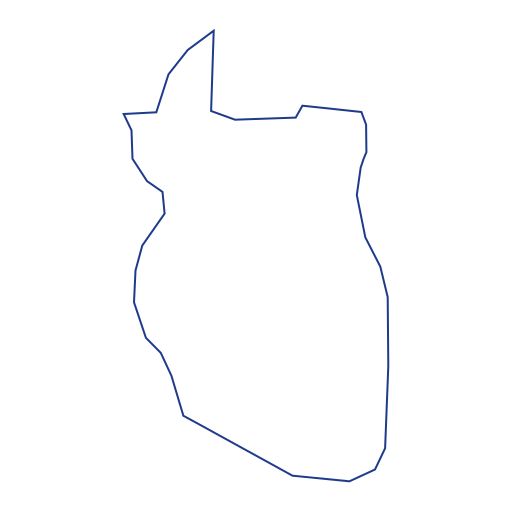 Wadi Bissam, Kanem, Chad (Natural Earth projection)
{"feature_id": "50815135B97156808183777", "entity_name": "Wadi Bissam", "entity_type": "district", "adm_level": 2, "iso_a3": "TCD", "parent_name": "Chad", "parent_adm1": "Kanem", "projection": "natural_earth1", "projection_center": [15.685, 13.516], "detail": "fine", "context": "isolated", "style": "outline", "palette": "blue", "viewbox_px": 512, "rotation_deg": 0, "n_neighbors": 0, "source": "geoboundaries", "source_scale": "gbopen_adm2", "svg_char_len": 580}
<svg xmlns="http://www.w3.org/2000/svg" viewBox="0 0 512 512"><path d="M375.0,469.5L385.1,448.3L388.3,366.2L387.7,297.1L380.3,266.6L365.3,237.3L356.8,195.0L360.7,167.5L363.7,158.6L366.4,152.2L366.1,124.7L361.4,112.0L331.8,108.8L302.4,105.7L295.7,117.6L235.0,119.7L211.1,111.0L213.7,30.7L187.7,50.0L168.5,74.3L156.3,112.3L123.7,114.0L131.5,130.4L132.5,158.8L147.1,181.2L162.5,191.9L164.6,213.6L142.3,245.5L135.5,270.5L134.0,302.3L145.9,337.8L160.8,352.9L171.4,375.7L183.4,415.8L192.5,420.7L292.5,475.7L349.4,481.3L375.0,469.5Z" fill="none" stroke="#1e3a8a" stroke-width="2"/></svg>